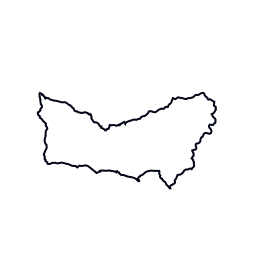 Frumosu, Suceava, Romania (orthographic projection), rotated 61°
{"feature_id": "2599482B3089317058178", "entity_name": "Frumosu", "entity_type": "district", "adm_level": 2, "iso_a3": "ROU", "parent_name": "Romania", "parent_adm1": "Suceava", "projection": "orthographic", "projection_center": [25.627, 47.639], "detail": "fine", "context": "isolated", "style": "outline", "palette": "ink", "viewbox_px": 256, "rotation_deg": 61, "n_neighbors": 0, "source": "geoboundaries", "source_scale": "gbopen_adm2", "svg_char_len": 5864}
<svg xmlns="http://www.w3.org/2000/svg" viewBox="0 0 256 256"><g transform="rotate(61 128 128)"><path d="M110.2,214.4L110.9,214.7L111.1,214.7L111.4,214.5L112.6,214.6L113.6,215.2L113.8,215.6L115.2,215.9L115.5,215.7L115.9,215.8L116.2,215.6L116.9,216.2L118.1,215.5L119.0,215.3L119.9,215.7L120.5,215.6L121.6,213.8L121.8,212.1L121.7,211.2L122.6,209.9L122.8,209.0L123.2,208.4L124.7,207.0L125.3,205.3L126.2,202.6L131.3,197.2L134.0,195.2L135.9,192.2L137.9,191.5L137.7,190.4L137.4,189.3L137.4,188.8L138.5,187.4L140.3,183.0L141.8,181.5L145.0,180.1L150.6,177.8L152.1,177.4L152.3,174.7L152.2,174.0L152.0,173.8L152.7,173.2L152.4,172.7L152.0,172.6L152.2,172.0L152.7,171.1L153.8,169.5L154.7,168.0L155.8,165.7L156.0,164.9L157.3,163.8L157.7,162.9L160.1,160.2L160.0,159.9L160.4,159.1L160.5,158.7L161.3,159.3L161.5,158.6L162.2,157.7L162.7,157.4L163.6,157.6L164.2,157.2L165.2,157.1L165.5,156.9L166.2,156.1L166.9,154.7L167.5,154.3L168.0,153.7L168.8,153.3L169.0,152.6L169.9,152.3L173.1,148.3L175.0,146.6L176.2,145.8L178.8,145.0L179.6,144.6L179.9,144.2L179.8,143.9L179.2,143.7L178.4,143.8L177.1,144.1L176.2,142.4L176.0,141.5L176.2,140.9L176.0,140.7L175.6,140.3L176.0,138.0L175.1,133.7L175.3,132.0L176.3,128.8L177.1,127.6L178.7,125.0L180.6,121.5L181.7,121.8L182.2,122.1L182.5,122.6L183.3,123.0L185.2,122.7L185.4,122.9L185.8,123.5L186.7,123.8L188.5,123.4L188.7,123.2L188.8,122.8L189.0,122.8L191.0,122.8L192.4,122.3L192.9,121.9L194.0,121.6L196.1,121.9L197.8,121.3L198.9,121.1L199.3,120.7L200.0,121.0L200.6,120.5L201.1,120.6L201.3,120.2L200.0,120.0L199.4,119.6L199.4,119.3L199.1,118.8L198.9,117.5L199.2,116.8L198.9,115.8L199.1,115.0L198.6,113.4L197.7,112.9L197.1,112.9L196.6,112.6L196.1,112.0L195.8,110.8L195.3,110.1L193.3,107.8L193.0,107.3L193.8,105.9L193.9,105.0L194.1,104.5L194.1,103.7L193.9,103.0L193.9,102.4L193.6,102.0L193.5,101.2L192.5,99.7L192.3,97.5L192.7,96.6L193.2,96.1L193.4,95.3L193.4,93.9L193.5,93.5L194.5,92.3L194.8,92.2L194.2,91.3L193.7,89.2L193.3,88.7L192.6,88.3L190.6,87.5L189.8,86.8L188.3,86.9L186.8,86.5L185.7,87.0L185.7,86.7L184.9,86.2L184.5,85.6L184.3,85.1L184.2,84.2L183.5,83.8L182.8,83.5L182.4,83.0L178.9,82.9L178.7,82.7L178.9,81.8L179.2,80.6L179.4,80.4L179.4,78.8L179.2,78.4L178.4,77.8L175.8,77.2L174.9,76.3L174.8,75.9L175.2,74.9L175.4,73.4L175.4,72.9L174.9,71.4L173.9,70.7L172.2,69.2L172.0,68.9L171.8,68.5L171.8,67.1L171.5,66.4L170.1,64.9L169.8,64.5L169.8,62.7L170.8,61.4L172.7,59.4L172.6,57.7L171.9,57.0L171.3,56.6L169.6,56.2L168.1,56.4L167.0,56.7L166.0,56.5L165.4,56.2L165.2,55.9L164.7,54.8L166.2,52.9L166.2,52.7L166.6,51.9L166.1,51.3L165.7,50.3L165.8,49.5L165.8,49.2L164.7,48.2L163.8,47.9L162.9,47.3L162.3,47.3L159.3,48.2L158.1,48.2L157.0,47.8L156.5,48.0L156.5,45.9L155.4,43.7L155.1,43.4L154.6,42.6L154.5,42.1L154.3,42.0L153.2,41.8L152.1,41.0L150.1,42.0L149.7,41.9L147.0,39.8L143.7,41.7L142.7,42.1L142.1,44.0L141.8,44.2L141.3,44.3L140.3,43.9L138.1,44.8L136.4,45.1L135.2,44.7L134.4,44.8L133.9,45.1L133.2,46.5L133.0,47.2L133.2,49.2L133.2,50.3L132.8,51.2L132.0,52.6L131.9,53.1L132.1,54.0L132.6,55.8L132.6,56.3L132.0,59.2L131.1,60.7L130.9,61.7L131.0,62.3L130.8,63.1L130.0,64.3L127.9,66.3L127.0,67.6L126.4,68.4L125.7,68.9L125.4,70.3L125.8,72.4L125.4,73.0L124.5,73.5L123.6,74.3L126.1,77.1L126.7,77.9L127.3,79.4L127.3,80.5L127.6,81.2L128.3,82.2L128.9,82.8L129.0,83.2L128.1,84.0L127.9,84.6L127.8,85.2L128.5,87.1L128.2,88.3L127.4,89.1L127.1,90.6L126.9,92.4L127.1,93.0L127.5,96.4L126.5,97.9L124.8,99.4L123.8,100.7L123.7,101.9L124.0,102.1L124.6,103.0L125.3,105.5L125.5,107.1L125.6,107.3L125.4,108.1L124.9,109.2L124.9,109.5L125.0,110.2L124.8,111.0L124.8,111.3L125.1,112.0L125.6,112.6L125.7,113.0L125.7,113.3L125.5,113.8L125.0,114.8L125.0,116.6L124.5,117.1L124.3,117.7L123.9,118.0L123.1,120.0L123.0,120.5L123.1,121.7L122.5,123.0L122.5,123.9L122.4,124.2L122.2,126.1L122.3,127.0L122.5,127.3L122.6,127.7L123.1,128.4L121.5,128.4L120.9,128.3L120.9,129.2L120.8,129.6L121.0,132.3L120.7,132.9L121.6,133.9L121.4,134.4L120.6,134.9L120.5,135.6L120.7,136.2L120.6,136.4L120.6,136.7L120.0,137.5L119.3,138.0L118.5,138.9L117.7,140.9L117.4,141.2L117.2,141.8L116.5,142.5L117.1,143.2L117.7,143.4L118.0,143.9L118.5,144.5L119.3,145.3L118.7,147.2L119.4,148.4L119.0,149.1L118.7,149.0L118.2,149.0L116.7,150.1L116.0,150.3L115.1,151.2L114.6,151.3L113.7,150.6L113.3,151.4L112.9,151.6L111.7,151.8L110.8,151.7L108.8,152.2L108.0,152.8L107.0,154.1L106.6,154.9L103.9,155.2L102.5,155.4L101.7,155.3L100.7,154.6L100.0,154.3L99.6,154.4L99.0,154.3L98.3,153.9L97.9,154.1L97.7,154.5L97.2,154.6L97.4,155.3L97.2,155.6L96.7,155.8L96.0,155.8L95.7,156.1L95.1,156.2L94.7,156.7L93.9,157.4L93.6,157.8L93.3,158.0L93.2,158.2L93.2,158.9L92.9,159.8L92.9,160.2L92.4,160.8L92.2,161.7L91.8,161.9L91.5,162.4L91.1,162.6L91.0,162.9L89.9,164.0L89.1,164.4L88.6,164.5L88.2,165.5L87.8,165.9L87.4,166.2L87.1,166.3L86.2,166.3L85.1,166.1L84.7,166.3L84.4,166.2L83.2,166.8L82.9,166.8L82.3,167.0L82.0,166.9L81.6,167.2L80.8,167.2L80.1,167.7L79.5,167.9L79.1,168.4L78.9,168.6L78.1,168.8L76.1,169.7L74.6,171.0L74.4,171.3L74.2,172.1L73.8,172.9L72.8,174.2L71.9,175.0L69.6,177.4L67.9,179.8L67.3,180.2L65.2,182.4L63.3,183.1L62.9,183.8L61.4,185.3L62.1,185.6L62.2,186.0L61.8,186.2L59.9,185.9L58.8,186.4L58.0,186.1L57.8,186.3L57.4,187.1L57.2,187.2L56.5,186.8L54.7,188.1L55.2,188.7L55.4,189.1L56.2,189.3L57.3,190.0L58.4,190.1L60.0,190.8L60.5,190.7L60.8,190.9L60.9,191.1L64.6,192.6L66.6,192.5L67.4,192.7L68.3,193.5L68.5,194.7L69.1,195.6L69.9,196.2L70.2,196.2L70.7,197.9L70.6,199.2L71.3,199.5L71.7,199.9L73.0,200.1L73.7,199.8L74.4,199.8L74.9,199.4L75.3,199.5L76.1,200.1L78.4,199.1L80.2,198.9L81.2,198.7L84.5,197.6L86.1,198.9L86.5,198.7L87.4,198.7L88.4,198.5L89.6,199.0L90.1,200.1L90.8,201.3L92.6,202.6L93.6,203.1L94.6,203.5L96.2,205.1L96.9,205.7L97.0,205.9L97.8,206.5L98.1,206.6L98.5,207.0L99.9,207.5L100.8,207.7L101.9,207.8L103.2,207.4L104.0,207.9L105.9,208.7L106.4,209.3L108.0,211.6L110.2,214.4Z" fill="none" stroke="#020617" stroke-width="2"/></g></svg>